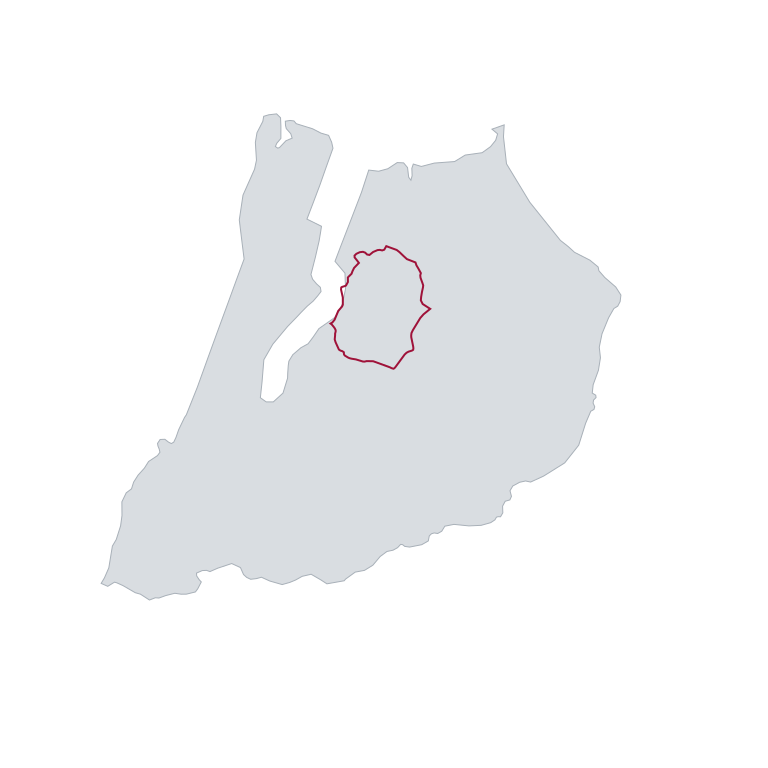 Kaffrine on a map of Senegal (Albers equal-area conic projection), rotated 110°
{"feature_id": "SEN-5516", "entity_name": "Kaffrine", "entity_type": "Region", "adm_level": 1, "iso_a3": "SEN", "parent_name": "Senegal", "parent_adm1": "", "projection": "albers", "projection_center": [-15.14, 14.22], "detail": "fine", "context": "in_parent", "style": "outline", "palette": "rose", "viewbox_px": 768, "rotation_deg": 110, "n_neighbors": 0, "source": "natural_earth", "source_scale": "10m", "svg_char_len": 4379}
<svg xmlns="http://www.w3.org/2000/svg" viewBox="0 0 768 768"><g transform="rotate(110 384 384)"><path d="M582.5,354.1L591.3,369.3L589.6,376.7L587.7,387.4L592.7,395.1L598.5,400.1L602.7,404.7L607.3,411.1L608.2,423.9L607.5,433.1L610.5,437.3L613.1,442.5L612.7,446.9L611.1,450.8L605.6,456.1L604.8,465.7L613.9,477.2L619.8,483.4L619.8,487.0L621.5,491.0L625.8,495.5L628.4,494.4L631.2,490.6L632.5,488.0L640.2,489.0L643.9,490.1L649.0,497.7L650.9,502.7L652.2,509.0L657.5,516.8L662.1,522.3L663.1,525.8L667.2,530.5L664.8,541.0L665.2,546.3L662.7,560.4L662.2,567.1L662.4,569.5L668.6,574.4L668.1,581.6L661.8,580.4L650.9,579.7L629.2,583.8L621.7,582.4L607.4,583.0L597.3,585.2L584.4,590.0L574.4,589.0L568.9,585.4L561.8,585.7L553.7,583.9L545.1,580.4L537.3,578.7L528.8,572.4L524.8,571.2L522.0,573.0L519.7,575.1L517.3,576.5L512.7,575.4L510.9,571.0L512.3,566.7L512.7,563.5L510.6,561.7L505.4,561.2L497.1,561.3L483.7,560.0L480.6,559.2L450.6,558.3L419.4,558.4L393.0,558.4L359.7,558.3L336.3,558.3L314.4,558.2L297.6,566.8L279.3,576.1L254.7,581.1L226.4,579.1L217.3,580.4L207.9,584.5L201.0,587.5L191.3,589.3L178.7,587.7L173.6,588.6L170.4,584.3L166.9,577.3L169.2,572.3L176.9,569.1L188.5,564.9L194.5,567.1L198.0,567.3L198.7,564.5L197.6,563.1L188.9,559.3L184.4,554.4L180.7,557.2L177.4,563.2L174.7,565.0L170.8,566.6L168.5,562.5L167.6,558.6L169.4,555.5L168.6,538.3L169.8,529.1L169.3,521.1L174.7,515.9L179.9,512.6L200.1,512.5L218.9,512.3L236.9,512.5L255.4,512.8L257.2,496.7L263.1,495.5L271.8,493.9L288.0,491.9L306.1,490.1L310.0,486.9L313.0,481.6L314.9,476.9L318.6,474.8L323.7,476.4L330.3,478.9L337.2,482.8L345.1,486.4L350.3,488.6L363.0,494.3L384.6,502.1L402.3,505.2L423.8,499.3L439.2,495.5L441.1,488.6L438.7,481.9L427.1,475.8L411.5,476.6L406.6,478.2L399.3,480.3L395.0,481.2L387.6,479.7L378.2,474.4L372.2,469.1L364.0,466.6L354.2,464.1L338.5,453.1L330.3,451.1L322.6,450.5L307.7,452.7L293.2,458.6L285.5,472.0L270.9,471.8L240.0,471.2L211.6,470.7L188.2,471.5L185.9,461.8L180.4,454.0L171.4,447.3L169.5,441.2L172.6,435.9L181.3,431.5L183.3,428.4L178.7,428.8L171.8,431.6L167.3,431.7L166.8,423.3L159.2,412.3L150.8,393.7L141.1,386.0L133.1,370.9L124.6,365.1L116.8,362.4L110.1,362.8L107.6,369.7L99.4,359.7L110.8,356.3L135.2,344.2L163.4,309.1L188.7,267.4L192.0,257.5L195.1,250.0L197.2,232.9L200.8,222.8L204.1,220.8L208.4,213.0L213.6,199.4L219.4,191.8L225.8,190.3L230.9,191.0L234.4,193.8L244.9,195.6L262.3,196.3L275.8,194.3L285.3,189.6L297.8,187.2L313.2,187.2L321.3,185.2L322.1,181.2L324.2,180.1L327.4,181.6L330.4,181.0L333.3,178.2L336.1,178.0L338.9,180.4L351.9,181.1L374.9,180.1L396.3,187.2L415.9,202.5L426.0,212.7L426.7,217.8L430.0,223.0L435.8,228.1L441.2,229.1L446.0,225.8L449.9,226.1L452.7,230.0L458.2,230.8L464.4,228.3L468.9,229.1L469.7,231.5L470.7,232.8L473.7,233.3L477.8,236.3L483.6,244.4L488.3,255.7L492.0,270.3L496.8,278.2L502.6,279.4L506.1,282.4L506.8,285.9L508.5,288.2L511.3,289.5L516.3,288.7L522.1,293.6L528.5,304.2L529.5,309.0L528.6,311.6L529.0,313.5L533.2,315.3L537.1,318.7L540.4,324.0L547.4,328.6L558.1,332.5L565.8,338.6L570.6,346.7L580.5,353.4L582.5,354.1Z" fill="#d9dde1" stroke="#a8b0b8" stroke-width="1"/><path d="M345.5,454.9L343.7,453.5L340.4,452.4L331.0,452.0L325.5,449.9L323.6,449.8L316.8,452.3L309.9,456.7L307.9,457.2L307.1,456.6L305.3,454.2L304.5,453.4L300.5,452.8L296.2,454.4L291.5,452.2L288.8,452.2L285.1,451.8L278.8,449.0L276.8,452.1L275.1,454.9L273.4,455.6L271.1,454.5L268.4,451.8L267.0,449.0L267.0,446.6L268.1,444.2L267.7,441.8L263.7,439.4L260.4,435.9L259.4,433.8L259.1,431.4L257.7,429.7L253.7,429.0L253.7,424.1L253.7,417.9L254.8,414.5L257.1,409.3L258.8,405.2L259.0,396.0L261.4,394.1L263.5,391.5L267.2,387.3L269.5,387.1L271.7,386.0L276.0,382.4L277.9,380.9L280.0,380.4L284.5,379.8L289.4,378.9L292.8,378.0L295.6,375.0L297.6,366.3L305.0,370.7L309.6,372.5L323.6,375.3L326.7,375.6L328.9,375.1L330.7,374.4L338.8,369.4L340.4,368.6L341.9,368.3L343.1,369.2L345.2,372.0L346.9,373.5L349.3,374.7L364.3,379.1L365.7,379.7L366.4,380.3L366.5,381.5L366.5,382.6L366.3,384.0L366.3,401.9L368.4,408.1L369.6,409.9L370.1,411.5L370.5,418.8L371.3,423.0L371.5,424.8L371.5,426.4L370.7,430.4L370.3,431.1L370.0,431.6L369.1,432.1L368.3,432.4L367.9,432.6L367.4,434.4L367.5,436.1L367.3,437.3L367.1,438.0L366.8,438.4L361.4,443.7L359.2,445.4L358.8,445.6L354.6,446.7L353.7,447.1L353.1,447.2L351.9,447.3L350.8,447.5L349.9,447.9L348.6,449.2L347.5,450.8L345.8,453.7L345.5,454.9Z" fill="none" stroke="#9f1239" stroke-width="2"/></g></svg>